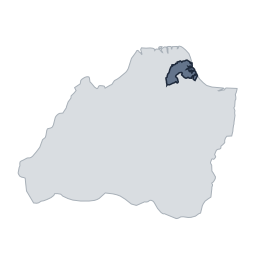 location of Delta within Nigeria, rotated 185°
{"feature_id": "NGA-2860", "entity_name": "Delta", "entity_type": "State", "adm_level": 1, "iso_a3": "NGA", "parent_name": "Nigeria", "parent_adm1": "", "projection": "mercator", "projection_center": [5.747, 5.78], "detail": "fine", "context": "in_parent", "style": "filled", "palette": "slate", "viewbox_px": 256, "rotation_deg": 185, "n_neighbors": 0, "source": "natural_earth", "source_scale": "10m", "svg_char_len": 6841}
<svg xmlns="http://www.w3.org/2000/svg" viewBox="0 0 256 256"><g transform="rotate(185 128 128)"><path d="M215.5,45.1L223.6,56.4L225.3,64.9L226.0,69.0L227.3,69.5L229.8,69.8L231.6,70.6L232.7,72.0L233.4,73.2L233.5,74.0L233.0,79.1L232.4,80.9L232.7,83.4L232.6,84.4L232.4,85.1L231.2,86.0L229.7,86.8L226.0,89.2L225.0,89.5L223.5,89.6L222.1,90.2L220.6,91.5L217.2,96.3L214.2,101.1L212.1,108.9L209.6,111.3L209.1,113.5L208.7,118.4L208.3,119.8L207.9,120.3L205.1,121.2L203.5,122.3L202.6,124.5L201.4,131.9L200.9,133.2L200.0,134.5L198.6,135.9L197.4,136.6L194.2,137.2L191.2,142.8L191.2,143.7L189.9,148.8L187.5,152.7L187.4,155.1L184.5,158.5L183.0,160.8L184.5,163.2L184.7,163.6L179.7,167.6L179.4,168.2L179.2,171.0L178.8,171.8L177.9,172.8L176.5,173.9L175.2,174.8L173.6,175.4L172.1,175.6L171.3,175.3L170.8,174.4L170.0,171.0L169.6,170.3L168.6,169.6L164.8,165.8L162.5,164.5L162.0,164.6L161.6,165.0L160.9,166.9L160.3,167.6L159.1,167.8L156.9,167.8L155.4,167.6L155.0,167.2L154.3,165.7L149.5,169.1L147.9,169.9L145.7,174.0L142.7,176.0L140.7,177.7L135.1,183.3L134.0,184.9L132.9,187.3L130.6,197.7L126.7,204.1L126.2,205.5L125.5,206.1L124.0,205.7L123.4,204.5L122.4,204.3L120.9,202.5L120.5,202.8L122.2,207.3L121.6,209.0L116.9,209.1L112.9,209.7L110.1,209.6L108.7,209.0L108.1,207.3L107.9,207.5L107.7,208.4L106.8,209.1L103.7,209.2L102.4,208.1L101.3,206.8L100.1,206.2L100.3,206.8L101.6,208.0L101.4,209.8L99.0,211.9L97.4,212.0L96.4,211.1L95.9,209.6L95.6,207.5L95.0,206.1L94.6,206.1L95.0,208.4L95.1,210.6L96.2,212.3L94.4,212.8L92.2,212.9L91.9,212.3L91.7,210.8L91.3,210.5L90.8,212.9L86.3,213.5L85.7,213.4L85.6,213.0L85.9,212.3L85.8,211.3L84.8,212.1L84.7,213.7L84.1,214.0L82.4,213.8L80.5,212.9L77.5,210.8L73.8,207.4L73.1,205.9L72.1,204.0L70.1,198.9L70.5,198.7L71.4,198.9L71.8,198.4L70.2,198.1L69.9,197.7L69.8,196.6L69.9,195.2L72.2,194.5L72.8,193.6L73.1,192.8L70.2,194.0L67.5,192.6L66.9,191.7L67.2,191.0L70.3,191.0L71.4,190.3L70.7,190.1L69.6,190.1L69.1,189.7L69.1,188.6L68.8,188.9L68.2,189.8L66.4,190.5L65.3,189.8L65.2,188.2L65.0,187.6L64.1,187.0L60.9,183.0L56.9,179.6L53.3,177.2L47.9,176.1L36.6,176.1L36.0,175.8L36.7,175.3L37.7,174.9L41.3,173.0L40.7,172.8L36.9,174.0L35.6,174.1L33.9,176.4L22.8,176.9L22.8,175.8L23.3,172.8L24.0,170.8L23.3,168.2L23.1,166.0L23.5,165.3L23.7,164.4L23.6,158.6L24.2,157.7L24.2,157.1L23.0,154.6L23.1,152.7L22.8,150.9L22.5,150.0L22.9,142.9L22.8,141.2L23.1,139.9L23.3,136.8L23.3,133.8L24.0,129.1L28.8,128.4L30.0,126.6L30.6,124.2L30.4,121.8L32.0,119.8L33.8,118.0L33.8,116.0L34.3,115.4L35.2,114.9L36.4,114.7L37.9,113.7L38.6,111.9L39.4,109.1L38.2,107.2L38.2,106.7L38.7,105.7L39.4,104.7L40.0,104.3L41.4,104.6L41.9,104.2L42.8,101.1L42.7,100.2L41.4,98.2L40.7,92.6L40.3,91.9L39.3,90.8L36.6,86.9L36.7,85.0L37.8,82.6L38.5,81.5L39.5,80.8L39.8,80.3L39.4,79.6L38.9,79.1L38.8,78.0L39.3,76.5L39.2,74.9L39.4,66.4L41.6,64.7L44.8,61.9L46.4,59.1L47.2,56.9L48.3,49.6L50.0,48.8L53.1,46.1L57.4,44.5L60.2,44.1L65.1,44.4L67.6,44.1L69.8,42.7L70.7,42.3L72.1,42.0L84.3,45.8L85.4,45.6L86.3,45.9L87.9,46.9L91.5,50.4L95.3,55.9L96.4,57.1L97.6,57.7L98.8,58.0L99.7,57.9L100.6,57.3L101.8,56.3L103.6,55.8L105.0,55.9L112.7,51.7L113.4,51.7L118.1,52.6L124.5,56.8L129.7,59.5L133.3,60.5L137.6,61.1L145.0,61.3L150.5,55.4L152.5,54.1L155.0,53.0L160.2,51.9L168.7,51.1L176.7,51.4L181.7,52.5L186.9,54.4L189.2,56.2L192.7,56.5L195.3,56.2L196.1,54.3L198.7,51.9L202.5,49.7L205.6,48.2L208.2,47.5L210.5,45.7L212.3,45.1L215.5,45.1ZM104.0,211.5L102.3,212.0L101.2,211.9L102.7,209.6L103.5,210.1L104.5,210.3L104.0,211.5Z" fill="#d9dde1" stroke="#a8b0b8" stroke-width="1"/><path d="M71.5,198.8L71.4,198.5L71.8,198.6L72.1,198.7L72.0,198.4L71.5,197.9L71.3,197.8L71.3,198.2L71.2,198.3L70.9,198.3L70.7,198.4L70.4,198.3L70.0,198.4L69.8,198.3L69.8,198.1L69.8,197.5L69.7,196.7L69.4,195.1L69.5,194.8L69.9,194.8L71.1,194.7L71.4,194.6L71.4,194.8L71.5,194.9L71.6,195.1L71.8,195.0L71.9,194.7L72.0,194.6L72.7,194.3L73.0,194.3L73.3,194.3L73.5,194.4L73.4,194.2L73.0,193.8L72.9,193.5L72.8,193.3L72.8,193.0L72.8,192.7L73.1,192.4L73.4,192.3L74.0,192.3L74.2,192.2L74.4,192.0L74.7,191.6L74.4,191.7L74.2,191.9L73.9,192.0L73.6,192.0L73.4,192.1L72.9,192.1L72.5,192.3L72.3,192.7L72.4,193.2L72.2,193.6L71.9,193.9L71.6,193.9L71.3,193.8L71.2,193.7L70.8,193.4L70.8,193.5L70.8,193.8L70.9,194.0L71.0,194.2L70.0,194.1L68.0,193.4L67.9,193.3L67.8,193.1L67.2,192.5L66.9,192.3L66.7,191.9L66.7,191.5L66.7,191.3L66.9,191.3L67.1,191.0L67.3,190.9L69.2,190.9L69.8,191.0L70.2,191.2L70.3,191.2L70.5,191.0L70.8,190.3L70.9,190.1L71.1,190.0L71.4,190.0L71.7,190.1L71.9,190.3L72.0,190.8L72.3,190.8L72.4,190.7L72.2,190.2L71.9,189.9L71.6,189.7L71.3,189.5L70.9,189.5L70.5,190.3L70.4,190.4L70.1,190.6L69.7,190.6L69.1,190.4L69.0,190.2L69.0,189.9L69.3,188.9L69.4,188.6L69.3,188.3L69.2,188.3L68.7,189.6L68.5,190.0L68.3,190.2L68.0,190.3L67.6,190.4L67.4,190.4L67.0,190.7L66.5,190.8L66.4,190.8L66.2,190.6L65.9,190.4L65.6,190.0L65.4,189.7L65.3,189.2L65.1,188.9L64.9,188.6L64.9,188.2L64.9,187.8L65.0,187.4L65.2,187.1L65.4,187.0L65.6,187.0L65.9,187.3L66.1,187.3L66.2,187.2L66.1,186.9L66.1,186.7L66.6,186.2L68.1,185.7L68.5,185.0L68.1,185.1L67.5,185.6L66.8,185.8L65.5,186.5L65.2,186.7L64.3,187.6L64.1,187.6L63.5,186.1L63.4,186.0L65.4,181.2L66.6,181.8L67.5,182.7L67.3,183.9L67.4,184.8L67.8,185.1L68.1,185.0L69.1,184.1L69.0,183.5L69.2,183.1L70.4,183.1L70.9,183.0L71.5,183.1L72.2,183.6L72.6,183.7L72.9,183.6L73.0,183.4L74.0,182.8L75.1,182.7L77.1,183.8L78.1,184.9L78.7,185.2L79.2,185.6L79.1,186.2L78.7,186.9L78.8,187.1L79.0,187.2L79.1,187.4L79.0,187.6L79.1,187.9L79.4,188.0L79.7,188.0L81.4,187.6L82.3,187.0L83.0,186.1L84.0,185.4L84.8,184.5L85.0,183.9L85.0,183.2L84.7,183.0L84.4,182.9L83.3,181.9L82.8,181.0L82.6,180.3L82.5,179.7L82.0,178.7L82.0,178.1L82.3,177.6L82.7,177.2L83.3,177.3L83.7,177.7L84.1,178.3L84.6,178.3L85.3,177.4L85.8,177.1L87.5,176.4L89.6,175.1L90.7,174.6L91.3,174.6L91.9,174.7L92.5,174.6L93.0,173.9L93.0,174.5L93.1,175.0L93.6,176.7L93.7,177.7L94.0,178.6L94.1,179.3L94.1,179.5L94.4,180.0L94.5,180.2L94.5,180.4L94.4,181.2L94.4,181.5L94.2,181.6L93.8,181.8L93.5,182.1L93.4,182.5L93.5,183.4L93.2,184.3L93.2,184.5L93.2,184.8L93.2,185.1L92.4,186.0L92.1,186.6L91.9,187.1L91.8,187.6L91.7,188.3L91.3,190.4L90.9,191.2L90.9,191.6L90.8,192.1L90.7,192.3L90.6,192.5L90.2,192.9L89.8,193.0L89.7,193.1L89.5,193.3L89.4,193.4L89.5,193.4L89.8,194.2L89.8,194.6L89.5,194.8L87.2,195.1L86.9,195.2L86.6,195.4L86.4,195.6L86.3,195.8L86.2,195.9L86.2,196.1L86.2,196.4L86.1,196.5L85.8,196.6L85.1,196.6L84.7,196.7L84.6,197.1L84.6,197.3L84.8,197.6L84.8,197.9L84.5,198.0L84.1,198.2L84.0,198.3L83.9,198.4L83.8,198.5L83.5,198.5L83.3,198.5L83.1,198.4L82.9,198.4L82.7,198.5L82.2,199.2L81.9,199.3L81.5,199.3L81.1,199.1L80.7,198.9L80.1,198.3L79.9,198.5L79.3,199.3L78.8,199.5L78.3,199.6L77.9,199.6L77.6,199.7L77.3,199.8L77.0,199.9L76.4,200.4L75.7,200.7L75.4,200.7L75.1,200.7L74.7,200.7L74.4,200.4L73.5,199.9L72.7,199.6L72.0,199.2L71.5,198.8Z" fill="#64748b" stroke="#1e293b" stroke-width="1.5"/></g></svg>